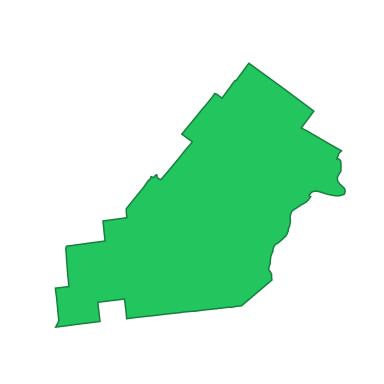 the district of Frasinet, Calarasi, Romania, rotated 352°
{"feature_id": "2599482B90916905842338", "entity_name": "Frasinet", "entity_type": "district", "adm_level": 2, "iso_a3": "ROU", "parent_name": "Romania", "parent_adm1": "Calarasi", "projection": "robinson", "projection_center": [26.835, 44.326], "detail": "fine", "context": "isolated", "style": "filled", "palette": "green", "viewbox_px": 384, "rotation_deg": 352, "n_neighbors": 0, "source": "geoboundaries", "source_scale": "gbopen_adm2", "svg_char_len": 3842}
<svg xmlns="http://www.w3.org/2000/svg" viewBox="0 0 384 384"><g transform="rotate(352 192 192)"><path d="M38.2,306.8L40.6,306.9L41.4,306.9L50.0,307.0L52.8,307.0L57.6,307.0L62.2,307.1L65.4,307.1L67.8,307.2L72.7,307.3L72.9,307.3L82.9,307.4L83.3,291.0L83.4,288.1L110.2,288.6L110.3,288.6L110.2,293.9L110.1,296.7L110.1,299.6L109.7,308.4L110.2,308.4L112.2,308.4L116.9,308.4L118.9,308.5L120.0,308.5L123.7,308.6L130.4,308.8L134.7,309.0L138.0,309.1L143.3,309.2L148.6,309.3L151.9,309.4L155.8,309.5L160.7,309.7L163.7,309.8L165.2,309.7L167.1,309.7L168.9,309.8L169.5,309.8L170.3,309.9L172.2,310.0L174.9,310.1L177.4,310.3L178.4,310.5L184.2,310.5L188.5,310.6L191.2,310.6L192.2,310.7L195.6,310.8L197.7,310.9L199.6,311.0L202.4,311.0L203.4,311.0L205.8,311.1L208.2,311.1L210.0,311.1L212.5,311.3L213.3,311.4L214.1,311.5L215.2,311.6L216.8,311.6L220.0,311.4L225.2,311.6L243.5,300.0L245.8,298.6L257.9,290.9L258.9,290.3L258.9,289.2L258.9,288.2L259.2,285.9L259.4,284.8L259.2,284.4L259.0,283.5L258.6,282.1L257.2,279.9L257.2,279.1L257.5,278.1L258.1,276.5L259.4,273.9L260.1,270.6L261.0,267.0L261.6,265.7L262.5,264.2L262.9,263.5L263.2,262.8L263.6,262.4L263.9,262.0L264.0,261.8L263.8,261.6L263.7,261.4L264.1,260.3L264.7,259.0L265.3,257.8L266.7,256.1L267.9,255.4L269.1,254.8L270.6,254.2L273.4,252.4L279.0,248.5L279.7,247.6L281.9,244.1L282.3,242.0L284.0,238.9L285.4,234.7L285.6,232.7L285.7,230.6L286.4,228.2L287.1,226.8L287.9,225.5L288.6,224.7L290.5,223.6L292.2,222.9L296.2,221.0L298.5,219.9L301.2,218.9L304.3,217.5L306.0,216.1L308.9,213.2L307.9,212.3L307.7,212.0L307.6,211.7L307.6,211.4L307.8,211.2L309.1,210.0L309.9,209.2L310.5,209.0L311.1,208.7L312.9,208.2L313.7,208.3L314.7,208.4L317.2,209.1L318.0,209.4L318.7,209.7L321.0,210.7L322.8,211.7L325.7,213.0L328.8,214.2L332.0,215.2L333.7,215.7L335.6,216.1L336.4,216.2L337.4,216.1L338.7,216.1L340.1,215.9L341.8,215.6L342.6,215.3L343.0,214.7L343.4,213.5L343.7,213.1L343.8,212.5L343.7,211.3L343.6,210.1L343.1,209.1L342.0,207.8L340.6,206.1L339.4,204.6L338.0,202.0L337.8,200.5L337.8,199.8L337.9,198.6L338.1,197.5L339.8,195.1L339.9,194.8L341.1,193.5L342.3,192.2L343.0,188.4L343.2,186.4L343.6,182.7L343.3,181.4L342.8,180.6L341.6,179.6L340.1,179.4L342.5,174.9L342.9,174.3L343.6,173.6L344.7,172.9L345.8,172.1L339.5,167.2L328.9,159.0L324.5,155.5L318.5,150.8L316.1,148.8L313.4,146.8L310.6,144.9L309.1,143.8L323.9,128.9L315.6,120.6L307.3,112.4L296.1,101.3L280.8,86.5L271.9,77.9L268.1,74.2L266.6,72.7L266.3,72.4L265.4,73.2L254.2,84.7L251.1,87.9L250.9,87.9L250.7,87.9L250.2,87.5L247.9,89.7L246.1,91.4L246.2,91.7L243.8,94.0L239.2,98.7L234.8,103.2L230.7,99.1L229.3,98.1L228.1,97.7L225.6,100.5L224.3,101.7L223.4,102.5L222.7,103.3L221.5,104.4L221.2,104.7L216.9,108.6L216.1,109.3L214.3,110.8L213.0,112.0L209.7,115.1L204.4,120.0L202.6,121.7L200.8,123.3L197.8,126.1L195.8,127.9L189.9,133.3L199.3,142.3L197.5,144.0L195.9,145.5L194.9,146.3L192.8,148.2L191.2,149.6L190.5,150.3L189.9,150.8L189.2,151.5L188.8,151.9L188.7,151.9L188.5,152.1L187.1,153.5L185.8,154.7L183.0,157.4L182.3,158.2L181.9,158.3L178.5,161.5L173.2,166.3L170.7,168.6L167.9,171.0L165.8,172.9L165.2,173.5L164.0,174.4L162.7,175.5L161.2,174.4L160.2,173.5L159.6,172.7L159.4,171.9L159.5,171.3L159.6,170.5L159.6,170.2L159.4,170.0L159.1,170.0L158.4,170.3L157.6,170.8L156.9,171.5L156.1,172.0L155.5,172.2L155.0,172.3L154.7,172.1L154.3,171.2L153.8,171.1L153.5,171.3L153.2,171.8L152.9,172.4L152.2,173.6L151.8,173.9L150.6,174.3L144.1,181.3L138.0,186.8L124.7,199.3L124.3,201.2L124.3,201.6L124.1,203.5L124.0,206.2L123.9,208.4L99.8,208.3L99.8,208.5L99.8,208.8L99.7,211.6L99.6,213.7L99.2,223.9L99.2,224.4L99.2,226.2L99.1,228.4L92.3,228.4L85.8,228.3L83.6,228.3L78.0,228.3L60.2,228.2L59.2,230.2L58.3,243.2L57.6,253.7L57.3,260.2L56.9,268.5L43.3,268.2L43.3,269.6L43.2,271.3L43.2,277.9L43.0,282.5L42.6,290.9L42.2,301.2L41.6,302.1L38.2,306.8Z" fill="#22c55e" stroke="#15803d" stroke-width="1.5"/></g></svg>